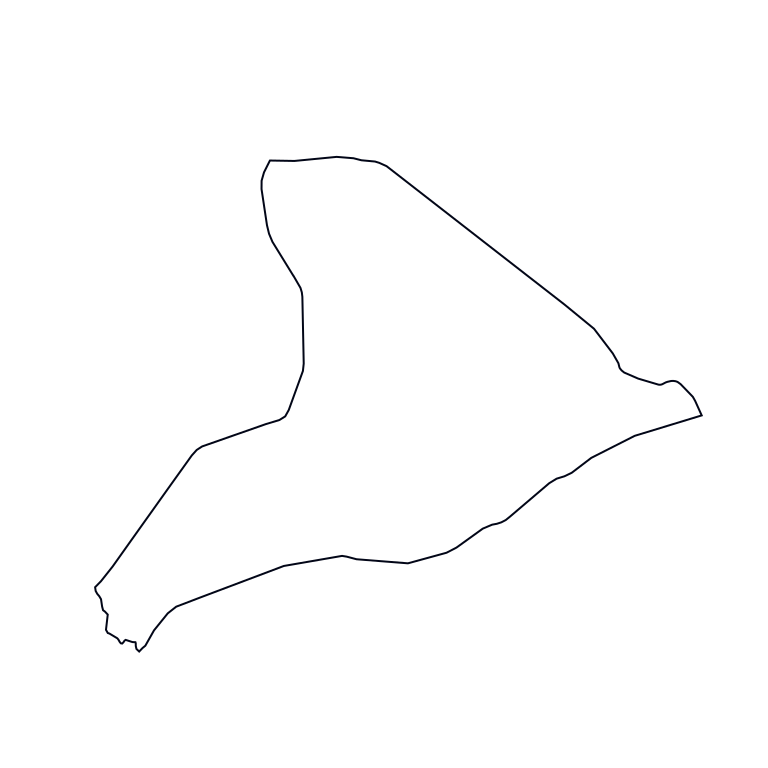 outline of Hasaka (Al Haksa), rotated 173°
{"feature_id": "SYR-141", "entity_name": "Hasaka (Al Haksa)", "entity_type": "Province", "adm_level": 1, "iso_a3": "SYR", "parent_name": "Syria", "parent_adm1": "", "projection": "orthographic", "projection_center": [41.143, 36.439], "detail": "fine", "context": "isolated", "style": "outline", "palette": "ink", "viewbox_px": 768, "rotation_deg": 173, "n_neighbors": 0, "source": "natural_earth", "source_scale": "10m", "svg_char_len": 1502}
<svg xmlns="http://www.w3.org/2000/svg" viewBox="0 0 768 768"><g transform="rotate(173 384 384)"><path d="M659.6,148.3L662.0,151.2L662.3,154.2L662.0,156.9L662.2,158.0L665.1,158.5L671.6,161.5L672.8,160.9L674.1,159.4L675.5,158.3L676.8,158.7L677.7,160.1L678.8,162.7L679.7,164.1L687.0,169.8L688.5,170.5L689.9,173.9L686.3,188.8L688.7,192.1L690.4,193.7L690.9,197.4L691.1,204.9L692.5,208.1L694.2,210.7L695.4,213.7L695.5,217.5L695.4,217.6L689.0,222.7L675.6,235.9L653.9,259.7L611.9,305.6L583.5,336.5L577.9,341.4L572.1,344.2L506.1,358.6L492.2,361.0L486.0,363.9L481.7,369.8L462.9,406.8L461.2,414.0L454.4,480.5L454.4,485.0L455.2,489.6L460.7,502.5L460.8,502.5L477.4,538.7L479.8,547.2L480.8,555.9L481.8,592.4L480.7,600.7L477.3,608.7L470.0,619.7L469.9,619.7L445.7,616.3L403.3,615.2L386.8,611.8L379.1,608.8L365.8,605.9L361.8,604.1L354.9,599.9L195.2,440.9L168.8,413.2L153.2,386.5L148.8,376.0L148.4,372.6L148.2,371.5L147.9,370.7L146.5,368.5L144.2,366.1L131.1,358.4L111.6,349.9L110.6,349.7L109.5,349.6L108.6,349.7L107.7,349.9L104.3,351.2L102.5,351.6L98.6,352.0L96.4,351.8L94.2,351.2L92.4,350.3L89.6,347.7L79.0,333.6L77.2,329.2L72.5,314.1L141.5,302.0L187.3,285.4L208.5,273.0L216.2,270.4L224.2,269.0L232.1,265.4L247.4,255.3L275.6,236.7L279.8,234.1L284.4,232.4L289.0,231.5L293.8,231.2L303.6,228.4L332.0,212.8L342.5,208.9L382.1,203.1L432.6,213.4L442.1,217.2L446.6,218.5L505.6,215.6L593.6,194.2L617.4,188.3L626.6,182.7L642.3,167.5L652.8,153.3L655.8,151.4L659.6,148.3Z" fill="none" stroke="#020617" stroke-width="2"/></g></svg>